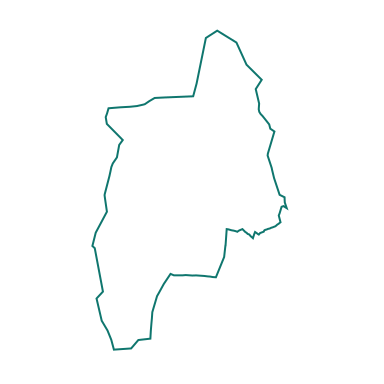 Atakunmosa East, Osun, Nigeria (Equal Earth projection), rotated 184°
{"feature_id": "59680162B38390932765307", "entity_name": "Atakunmosa East", "entity_type": "district", "adm_level": 2, "iso_a3": "NGA", "parent_name": "Nigeria", "parent_adm1": "Osun", "projection": "equal_earth", "projection_center": [4.735, 7.438], "detail": "fine", "context": "isolated", "style": "outline", "palette": "teal", "viewbox_px": 384, "rotation_deg": 184, "n_neighbors": 0, "source": "geoboundaries", "source_scale": "gbopen_adm2", "svg_char_len": 1848}
<svg xmlns="http://www.w3.org/2000/svg" viewBox="0 0 384 384"><g transform="rotate(184 192 192)"><path d="M281.1,269.7L282.2,264.5L283.3,260.7L281.7,254.0L264.7,239.0L267.9,233.9L269.3,221.3L273.0,215.0L274.2,211.2L274.8,206.7L275.5,202.0L278.9,183.8L279.0,182.8L278.6,180.7L275.5,166.4L285.2,144.7L287.6,131.2L285.1,129.2L273.9,86.4L279.8,79.1L273.1,57.3L266.6,47.9L262.2,38.9L258.9,29.3L241.8,31.7L235.2,40.6L223.3,42.8L223.4,50.7L223.3,58.7L223.2,63.2L223.2,69.4L219.6,85.7L218.1,88.8L213.9,97.9L213.6,98.5L210.5,103.9L207.7,108.8L204.2,107.6L201.9,107.8L199.1,108.0L195.6,108.2L192.5,108.7L189.7,108.7L187.9,108.7L185.8,108.7L182.0,109.1L178.1,109.1L173.9,109.1L170.3,108.9L168.0,108.9L165.4,108.6L162.2,108.6L155.4,129.4L154.9,141.7L154.8,140.3L154.8,157.4L153.4,157.3L151.8,157.0L150.6,156.7L149.3,156.5L148.0,156.4L146.8,156.2L145.4,155.9L144.0,155.5L143.1,156.3L142.1,157.0L139.1,158.5L135.9,155.7L134.8,155.2L133.6,154.1L131.9,153.6L130.3,151.9L129.1,151.1L128.0,150.2L127.0,154.3L126.3,156.5L124.6,155.5L123.4,154.7L122.4,154.2L121.2,155.8L119.7,156.5L117.7,157.4L117.2,158.7L116.4,159.3L114.9,159.8L113.6,160.5L111.9,161.0L110.4,161.9L109.2,162.3L107.8,163.0L106.5,163.6L105.5,164.5L104.7,165.4L103.4,166.3L102.5,167.2L101.6,168.0L103.8,174.6L103.1,176.9L101.6,183.5L99.8,184.3L96.4,182.5L98.7,188.0L99.0,190.3L99.3,193.2L104.4,195.3L111.1,211.6L113.7,219.8L114.2,221.6L114.6,222.6L119.1,233.6L119.0,235.6L114.0,258.1L118.3,260.6L119.7,264.8L126.9,272.7L129.0,274.6L130.5,276.7L131.2,279.2L131.2,284.9L135.6,299.1L130.3,308.8L146.5,322.8L158.1,344.2L178.1,354.7L185.6,349.1L188.9,346.6L195.0,300.4L197.5,287.6L199.4,287.3L199.8,287.3L221.3,284.9L225.9,284.4L235.8,283.2L240.9,279.7L245.2,276.3L246.6,275.8L252.9,273.9L259.8,272.7L269.3,271.5L271.3,271.2L277.9,270.2L281.1,269.7Z" fill="none" stroke="#0f766e" stroke-width="2"/></g></svg>